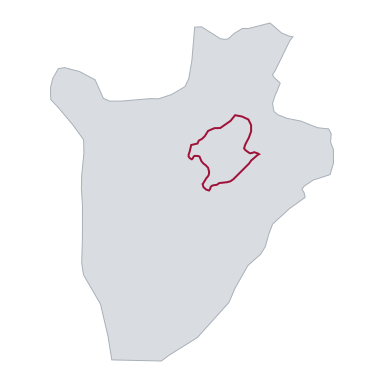 Burundi, with Karuzi highlighted
{"feature_id": "BDI-2633", "entity_name": "Karuzi", "entity_type": "Province", "adm_level": 1, "iso_a3": "BDI", "parent_name": "Burundi", "parent_adm1": "", "projection": "mercator", "projection_center": [30.088, -3.137], "detail": "fine", "context": "in_parent", "style": "outline", "palette": "rose", "viewbox_px": 384, "rotation_deg": 0, "n_neighbors": 0, "source": "natural_earth", "source_scale": "10m", "svg_char_len": 1852}
<svg xmlns="http://www.w3.org/2000/svg" viewBox="0 0 384 384"><path d="M292.9,36.8L289.7,40.9L275.3,70.4L272.5,74.8L274.1,77.5L280.2,83.1L276.6,92.4L275.2,94.9L272.5,103.6L274.0,111.5L277.4,114.5L286.8,118.3L300.9,121.1L317.4,127.7L328.6,128.9L331.2,133.7L330.6,142.2L333.4,149.6L333.5,162.9L330.1,174.6L313.1,180.1L304.3,186.1L301.9,189.1L304.0,192.6L305.2,197.3L289.1,208.9L272.6,224.1L268.7,234.4L265.4,246.5L260.6,254.3L248.0,265.4L235.2,287.9L228.9,302.5L197.4,337.5L169.4,355.0L161.3,361.0L111.8,359.9L108.0,336.3L100.5,304.1L83.5,274.9L81.7,262.8L82.4,239.3L82.5,206.3L81.4,188.6L81.7,175.6L83.9,153.2L83.6,139.7L72.4,124.3L58.5,107.8L50.9,99.7L50.5,93.2L50.6,87.2L52.8,78.4L58.3,68.7L64.4,67.6L79.4,71.5L95.1,79.8L103.4,98.4L109.7,101.1L121.3,101.1L150.8,98.6L158.2,98.9L171.6,94.5L185.0,86.6L188.8,78.4L191.9,60.2L194.7,27.2L201.5,26.8L220.2,38.6L224.2,39.4L228.1,38.9L234.6,33.1L242.5,28.4L248.4,28.5L270.0,23.0L281.6,33.0L289.0,36.1L292.9,36.8Z" fill="#d9dde1" stroke="#a8b0b8" stroke-width="1"/><path d="M191.2,145.0L197.5,143.5L198.8,140.6L202.0,138.9L204.7,136.3L208.1,130.9L214.3,128.2L220.3,128.0L230.5,120.9L235.1,115.2L242.0,116.5L248.4,119.5L251.1,125.1L251.1,131.4L248.8,137.8L245.5,144.0L244.7,146.2L244.1,148.5L245.4,150.1L248.6,152.5L250.2,153.3L252.2,152.9L254.2,152.2L256.3,152.9L257.9,153.5L259.0,154.2L257.7,154.9L251.2,160.5L249.1,163.5L233.4,179.2L230.4,181.3L227.1,182.2L219.9,183.0L218.4,183.5L217.7,184.3L216.9,184.8L213.3,185.3L211.7,185.9L210.6,187.1L210.2,188.9L209.0,190.5L206.2,189.6L203.5,187.2L202.6,184.0L203.1,183.5L206.4,178.1L207.8,176.5L208.6,175.2L209.0,173.7L209.1,171.6L208.1,167.8L205.9,165.4L203.4,163.5L201.5,161.3L199.5,156.6L198.1,156.0L194.5,155.9L193.5,156.8L192.8,158.4L191.8,159.3L189.7,158.1L188.6,156.4L188.6,154.8L189.7,151.5L191.2,145.0Z" fill="none" stroke="#9f1239" stroke-width="2"/></svg>